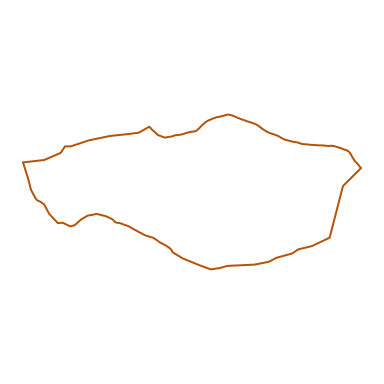 the district of Yorke Hill, Castries, Saint Lucia
{"feature_id": "8701671B255319431107", "entity_name": "Yorke Hill", "entity_type": "district", "adm_level": 2, "iso_a3": "LCA", "parent_name": "Saint Lucia", "parent_adm1": "Castries", "projection": "albers", "projection_center": [-60.979, 14.017], "detail": "fine", "context": "isolated", "style": "outline", "palette": "amber", "viewbox_px": 384, "rotation_deg": 0, "n_neighbors": 0, "source": "geoboundaries", "source_scale": "gbopen_adm2", "svg_char_len": 2537}
<svg xmlns="http://www.w3.org/2000/svg" viewBox="0 0 384 384"><path d="M210.9,269.4L219.9,268.0L227.3,265.9L254.7,264.6L259.8,263.6L268.7,261.8L276.8,257.7L292.1,253.5L298.2,249.4L312.2,246.0L329.6,237.7L343.0,186.0L361.0,168.1L358.8,165.4L357.2,163.5L355.7,162.0L354.2,160.2L353.2,158.4L352.4,157.3L350.2,153.3L348.6,151.4L347.1,150.5L344.2,149.5L342.5,148.8L340.7,148.1L336.2,146.7L333.6,146.0L332.1,145.8L330.1,145.8L328.3,146.0L325.5,145.7L322.9,145.4L320.0,145.4L317.0,145.2L315.1,145.1L312.7,144.9L310.8,144.9L309.2,144.6L307.2,144.4L305.0,144.3L302.2,144.0L296.9,142.3L293.7,141.9L285.8,139.9L283.9,139.3L282.9,138.7L280.6,137.5L278.5,136.1L276.1,135.2L273.7,134.3L272.2,133.8L269.8,133.1L268.3,132.4L267.1,131.8L266.1,131.2L265.4,130.8L263.6,129.7L262.2,128.7L261.1,127.9L258.9,126.2L257.2,125.0L255.2,124.0L254.0,123.6L251.7,122.7L249.7,122.0L247.2,121.4L243.8,120.0L241.3,119.3L238.8,118.2L235.9,117.0L233.2,115.8L230.6,115.0L228.0,114.6L226.0,114.9L224.6,115.5L222.8,115.9L221.7,116.1L219.6,116.8L218.3,116.9L216.3,117.4L214.6,118.0L213.0,118.5L210.7,119.5L209.0,120.2L207.5,121.0L205.8,122.0L204.4,123.2L202.3,125.0L199.7,127.8L198.4,128.9L196.6,130.6L194.9,131.3L193.3,131.6L191.7,131.7L190.6,132.0L188.5,132.4L186.6,132.9L184.7,133.6L182.8,134.2L181.5,134.5L179.6,134.8L178.0,135.0L175.1,135.3L173.4,135.9L170.4,136.8L168.0,136.9L166.2,137.5L164.6,137.5L162.7,136.9L161.4,136.3L159.1,135.5L157.2,134.5L155.1,132.3L153.0,130.6L151.9,129.5L150.5,127.9L149.1,126.8L138.8,132.7L128.7,134.0L109.8,136.0L88.4,140.5L70.7,146.4L65.0,146.4L60.6,152.9L44.2,160.0L23.0,162.4L26.0,171.9L28.4,179.5L30.9,189.6L35.5,198.4L37.4,200.5L38.0,200.7L40.0,201.5L44.1,204.4L49.3,214.0L57.8,223.1L62.6,222.7L70.3,226.4L74.7,225.2L81.2,219.4L87.6,215.7L90.9,215.0L92.8,214.8L94.7,214.2L97.0,214.0L99.5,214.6L101.0,214.9L102.1,215.3L103.5,215.6L104.4,215.8L105.9,216.2L108.1,217.2L108.7,217.5L110.1,218.1L111.8,219.0L112.9,219.7L113.9,220.8L114.7,221.7L115.6,222.4L117.0,222.7L118.7,222.9L119.4,223.0L120.8,223.4L122.1,223.9L123.3,224.4L124.5,224.8L125.2,225.0L127.9,226.0L129.6,226.7L130.3,227.2L132.1,228.3L133.6,229.1L134.5,229.7L136.0,230.4L137.6,231.3L138.9,232.1L140.4,232.8L141.6,233.4L142.7,234.1L145.5,235.5L147.7,236.1L150.6,237.0L152.9,237.7L154.7,238.8L156.2,239.7L157.7,240.8L159.1,241.9L160.3,242.6L162.0,243.5L163.5,244.3L164.8,245.0L166.1,245.7L167.7,246.7L169.1,247.7L170.3,248.6L171.0,249.4L171.4,250.0L172.0,251.0L172.4,251.6L172.6,252.3L182.9,258.5L200.2,265.5L210.9,269.4Z" fill="none" stroke="#b45309" stroke-width="2"/></svg>